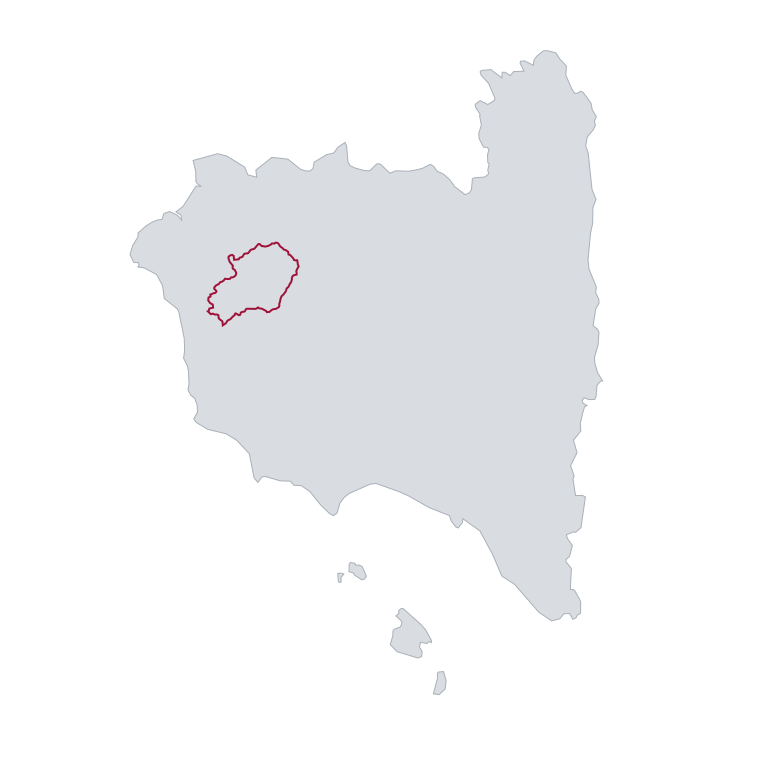 Spain, with Córdoba highlighted, rotated 84°
{"feature_id": "ESP-5817", "entity_name": "Córdoba", "entity_type": "Autonomous Community", "adm_level": 1, "iso_a3": "ESP", "parent_name": "Spain", "parent_adm1": "", "projection": "orthographic", "projection_center": [-4.923, 37.957], "detail": "medium", "context": "in_parent", "style": "outline", "palette": "rose", "viewbox_px": 768, "rotation_deg": 84, "n_neighbors": 0, "source": "natural_earth", "source_scale": "10m", "svg_char_len": 5608}
<svg xmlns="http://www.w3.org/2000/svg" viewBox="0 0 768 768"><g transform="rotate(84 384 384)"><path d="M403.8,166.3L403.9,168.4L407.6,172.3L418.5,174.4L421.3,175.9L421.0,181.6L418.6,186.4L421.1,188.5L423.7,188.3L426.7,184.3L427.4,186.8L432.5,189.0L443.6,192.9L451.3,193.2L459.7,201.4L472.5,199.2L484.7,207.0L495.5,204.5L498.0,206.0L515.0,205.2L515.5,198.4L517.3,195.5L547.4,203.1L551.4,208.7L551.0,211.6L553.0,218.3L556.9,217.8L564.3,213.5L574.7,217.5L577.7,221.4L579.8,221.6L587.1,216.9L607.9,220.2L608.4,216.9L609.8,215.8L618.1,212.2L621.5,211.2L632.6,212.5L634.3,216.2L636.6,217.5L637.8,220.8L631.6,223.4L631.4,229.2L635.9,233.7L637.1,242.1L627.1,253.9L597.0,275.0L587.4,286.8L564.1,294.1L540.1,304.0L526.3,319.6L530.2,320.6L534.9,325.3L533.6,327.6L527.3,331.4L521.6,332.8L511.9,351.6L497.9,371.2L492.8,379.9L482.0,402.5L482.3,408.8L489.3,430.3L493.0,435.9L498.0,440.4L507.3,444.1L509.7,448.0L506.8,452.0L498.1,459.3L482.8,469.3L476.4,477.0L475.3,484.1L470.8,487.4L469.5,497.3L463.7,511.3L463.5,514.9L468.7,519.7L463.9,523.0L439.3,525.2L424.4,536.5L417.0,546.3L410.6,564.2L402.5,574.9L398.8,576.9L392.8,572.5L385.6,572.0L378.5,573.7L374.9,577.4L369.2,579.6L363.5,577.9L351.3,577.2L345.9,577.5L337.4,580.6L330.1,578.8L317.8,577.9L291.2,580.5L287.8,581.6L276.0,593.6L263.1,593.9L251.4,598.7L243.5,610.3L241.9,616.5L239.6,615.0L237.8,615.5L236.8,620.2L228.7,623.1L219.6,619.2L212.0,613.3L208.1,612.9L201.7,603.8L199.0,598.1L197.2,591.9L197.1,587.6L191.4,585.0L190.1,579.3L194.4,572.0L199.9,568.1L194.8,568.3L191.0,573.0L186.4,565.3L167.4,550.2L168.5,545.0L165.2,548.9L162.9,549.9L153.1,549.0L141.7,550.5L137.6,525.4L140.8,516.6L153.8,499.8L161.7,497.6L165.1,488.9L157.9,489.1L146.9,471.8L150.3,456.1L161.8,444.5L163.9,439.7L164.4,435.3L162.3,432.1L156.1,430.3L150.1,417.6L148.9,409.7L143.8,405.2L139.7,397.4L143.6,396.3L159.6,396.6L163.5,394.7L166.5,389.6L169.7,381.1L170.5,375.9L164.5,368.4L164.3,366.8L165.2,364.3L175.0,356.2L173.2,350.0L175.0,337.1L174.4,329.4L173.5,323.2L170.4,315.1L172.6,311.9L177.6,309.2L181.7,302.7L187.6,297.3L195.2,293.0L204.2,283.5L202.8,279.2L199.9,276.7L189.1,274.6L188.4,272.7L188.7,262.2L186.0,258.0L182.0,258.4L176.1,256.4L174.6,257.6L167.1,257.1L161.8,255.1L159.5,256.6L158.8,260.3L149.8,263.8L144.8,263.6L136.6,260.1L127.2,260.9L126.1,260.1L118.0,264.1L115.4,264.1L112.2,258.8L116.9,251.5L113.3,244.2L110.9,243.9L95.9,248.6L87.1,255.1L83.6,255.8L82.4,254.5L82.5,244.8L91.9,234.8L86.3,233.9L86.7,230.9L90.5,226.3L86.9,222.5L87.5,212.1L79.3,215.1L77.3,214.5L77.4,210.3L82.7,202.1L77.6,201.0L73.9,197.7L69.3,190.6L69.5,187.0L72.5,178.6L79.6,174.9L86.7,169.4L95.9,170.9L110.0,166.5L114.9,164.0L114.9,160.5L113.3,157.8L114.9,155.4L126.4,148.8L133.2,148.2L140.2,144.9L144.7,147.3L148.8,146.7L153.3,149.5L159.3,155.9L168.2,158.6L175.4,156.8L212.0,156.8L222.5,153.9L230.5,157.8L246.1,159.7L255.5,162.8L281.6,168.1L291.0,168.1L309.9,162.7L315.1,164.0L322.6,161.4L326.3,161.8L331.0,165.4L347.8,170.0L352.1,165.7L355.3,164.8L367.4,167.0L379.6,171.9L385.9,172.1L395.1,170.4L403.8,166.3ZM644.7,374.7L649.3,376.3L653.9,374.1L656.5,374.4L659.1,375.2L660.0,379.0L651.6,399.0L643.9,405.0L635.4,401.6L630.6,400.9L629.0,399.5L627.4,393.4L625.1,391.7L621.9,391.1L615.9,396.4L613.8,393.3L610.7,392.9L609.4,391.1L609.2,388.6L627.4,372.1L632.7,368.4L644.3,363.5L646.2,364.0L644.8,366.4L646.6,368.3L644.7,374.7ZM698.7,361.7L697.3,367.3L682.3,361.6L677.5,361.2L676.2,360.3L676.2,354.9L685.7,353.2L693.8,355.1L698.7,361.7ZM568.5,434.5L567.1,438.4L559.7,437.5L558.0,436.1L559.3,431.7L561.3,431.1L561.3,428.0L563.3,424.8L573.3,421.6L575.8,423.5L576.5,426.5L570.8,433.5L568.5,434.5ZM576.7,449.1L575.7,450.0L567.7,449.8L567.4,447.4L568.8,443.8L571.9,447.0L576.5,447.3L576.7,449.1Z" fill="#d9dde1" stroke="#a8b0b8" stroke-width="1"/><path d="M308.8,538.2L305.2,538.1L304.3,538.6L302.2,541.0L301.3,541.5L298.3,541.5L297.4,542.9L297.3,544.8L296.1,547.0L296.5,548.9L293.3,551.6L293.0,550.6L290.7,549.8L290.2,546.0L287.1,546.0L285.4,548.4L282.5,550.1L279.7,549.5L278.9,547.4L276.9,547.4L276.7,546.1L276.1,544.7L275.7,542.2L275.0,541.3L274.1,540.9L271.5,542.9L270.5,542.8L268.6,541.1L267.3,537.9L265.6,536.2L265.4,534.7L264.4,532.7L262.7,531.1L263.0,530.0L263.4,527.2L263.2,526.1L262.1,525.1L262.0,524.6L262.1,523.2L261.6,521.8L260.8,520.6L259.8,519.8L258.6,519.4L257.4,519.5L254.8,520.6L253.6,522.2L252.5,522.4L251.2,522.2L250.6,521.9L246.4,524.7L243.1,525.5L241.4,525.4L240.3,524.2L239.7,521.6L240.9,520.1L244.8,520.1L244.8,515.5L243.3,514.3L242.9,511.9L242.4,511.2L240.2,509.7L239.8,508.6L239.8,506.0L239.4,505.1L236.7,502.6L235.9,498.8L231.7,494.3L231.8,493.1L234.1,491.1L234.3,489.4L234.8,488.6L234.9,487.7L234.6,484.8L233.5,482.0L232.5,480.7L232.9,478.5L232.1,477.1L232.5,475.2L233.4,474.3L236.4,472.8L238.3,470.6L239.7,469.7L240.7,467.6L241.7,466.3L242.5,465.5L245.2,465.4L245.5,464.6L246.1,463.7L247.7,462.4L249.9,460.9L251.3,460.5L251.9,458.8L251.7,457.9L251.8,457.5L252.3,457.3L256.1,457.2L258.2,456.6L261.0,458.7L262.6,459.4L265.6,459.3L266.1,459.6L266.4,462.4L267.2,463.6L268.9,464.6L270.5,464.7L273.1,465.8L273.7,466.2L274.2,467.0L276.0,467.9L277.7,469.2L278.8,470.9L280.7,471.5L282.0,472.3L284.7,474.9L286.1,476.8L288.7,478.1L290.6,478.6L293.7,479.9L295.0,479.8L296.5,480.5L298.0,483.6L298.0,485.6L298.2,486.9L298.8,488.2L300.3,490.3L300.3,493.0L299.1,493.5L296.3,497.7L295.7,500.3L294.7,501.2L295.9,503.7L294.8,512.5L295.0,513.2L295.6,513.8L296.8,514.5L297.4,515.3L297.6,517.9L298.0,518.9L299.6,519.5L300.3,520.1L300.4,521.2L298.5,523.6L298.4,524.5L298.7,524.9L299.9,525.3L301.2,527.4L303.4,529.9L304.6,533.0L307.0,534.9L308.8,538.2Z" fill="none" stroke="#9f1239" stroke-width="2"/></g></svg>